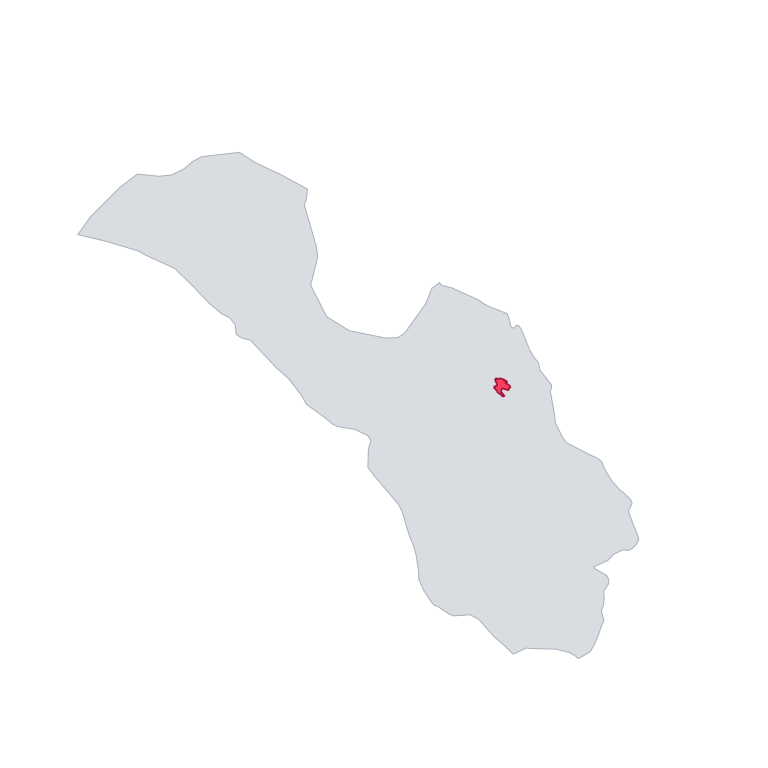 location of Brenguļu pag., Beverinas, Latvia, rotated 41°
{"feature_id": "27541924B16745328743360", "entity_name": "Brenguļu pag.", "entity_type": "district", "adm_level": 2, "iso_a3": "LVA", "parent_name": "Latvia", "parent_adm1": "Beverinas", "projection": "equal_earth", "projection_center": [25.567, 57.531], "detail": "fine", "context": "in_parent", "style": "filled", "palette": "rose", "viewbox_px": 768, "rotation_deg": 41, "n_neighbors": 0, "source": "geoboundaries", "source_scale": "gbopen_adm2", "svg_char_len": 4446}
<svg xmlns="http://www.w3.org/2000/svg" viewBox="0 0 768 768"><g transform="rotate(41 384 384)"><path d="M567.5,518.0L562.8,517.5L549.6,513.9L538.5,508.6L531.8,501.6L520.3,491.9L512.8,487.0L500.9,480.8L481.2,468.3L474.1,465.4L439.1,460.0L426.5,457.5L414.9,443.3L411.2,435.1L405.5,433.6L399.3,435.4L392.5,437.0L376.7,446.6L371.6,448.0L361.8,448.1L339.0,450.2L328.7,446.7L310.8,442.9L301.0,442.3L292.3,442.4L254.0,438.6L246.9,442.7L239.8,443.5L233.1,437.1L224.6,435.3L215.1,437.5L198.0,437.7L177.7,435.7L151.8,434.1L148.0,434.8L119.0,443.3L111.8,444.6L80.1,458.9L54.9,472.2L52.8,450.8L55.8,408.3L60.2,387.3L77.6,375.1L86.5,365.6L91.9,353.0L93.7,341.3L97.5,331.7L122.9,304.1L142.5,301.2L169.0,293.6L198.5,287.2L204.0,295.3L206.7,301.4L241.7,323.9L250.6,331.5L263.9,357.6L296.6,370.8L322.6,366.6L334.0,360.2L354.9,348.4L364.2,339.7L366.2,331.4L362.8,295.9L357.4,280.6L359.4,271.1L363.0,271.6L371.8,267.0L400.6,258.5L406.3,258.1L412.9,256.4L431.0,250.0L436.8,253.4L441.7,257.3L444.4,257.3L445.7,255.9L445.3,253.4L446.6,251.6L451.8,252.6L472.7,263.2L480.8,265.7L486.3,266.4L492.9,271.3L510.9,274.7L513.1,277.3L514.4,280.5L531.3,294.0L538.9,300.8L553.9,307.1L560.3,308.6L586.4,302.2L593.6,300.0L599.7,299.9L605.8,303.3L619.9,307.8L632.6,309.2L634.9,308.9L645.6,309.3L649.4,311.1L652.1,319.8L664.4,326.6L675.8,332.3L678.8,334.9L679.8,340.0L679.1,345.9L677.8,349.0L673.1,352.5L669.1,361.5L668.7,370.0L662.3,384.8L663.8,385.1L677.6,382.4L681.5,384.0L684.6,387.2L685.7,396.5L690.3,400.7L695.0,407.3L696.6,412.4L705.5,418.5L706.3,422.4L711.9,436.4L714.1,444.4L715.2,450.7L712.7,458.6L710.5,464.0L707.7,463.6L699.8,465.1L687.4,471.5L669.0,486.8L664.3,490.2L659.5,501.9L658.4,503.1L647.5,502.5L644.5,502.3L633.6,502.5L609.8,499.5L600.6,501.5L588.7,513.3L584.0,515.0L569.9,516.7L567.5,518.0Z" fill="#d9dde1" stroke="#a8b0b8" stroke-width="1"/><path d="M464.7,306.6L464.8,306.6L464.7,306.6L464.7,306.8L464.7,307.0L464.8,307.1L465.0,307.3L465.3,307.4L465.5,307.4L465.4,307.4L465.5,307.4L465.5,307.5L465.4,307.6L465.5,307.6L465.6,307.8L465.7,308.0L465.8,308.1L465.9,308.3L466.1,308.4L466.0,308.5L466.1,308.8L466.3,308.9L466.7,308.9L467.0,308.9L467.2,309.0L467.3,309.1L467.5,309.2L467.8,309.4L468.2,309.4L468.3,309.5L468.6,309.6L468.8,309.6L469.1,309.8L469.4,309.9L469.5,310.3L469.6,310.6L469.6,310.8L469.8,311.0L470.2,311.1L470.1,311.3L470.0,311.5L469.9,311.7L469.8,311.8L469.4,312.6L469.3,312.8L469.1,313.1L468.9,313.3L470.0,313.6L469.8,314.2L469.6,314.6L469.8,314.8L470.1,314.9L471.6,314.9L473.2,315.2L473.7,315.1L474.6,315.4L474.6,315.5L474.8,315.8L475.0,315.7L476.0,315.8L478.8,315.6L479.5,315.4L480.9,315.6L481.3,315.7L481.5,315.6L481.8,315.6L482.0,315.5L482.1,315.4L482.2,315.2L481.8,315.1L481.7,315.1L481.5,314.9L482.1,314.7L482.7,314.2L482.9,314.0L482.9,313.9L482.7,313.9L482.1,313.8L481.9,313.8L481.1,313.6L480.5,313.5L479.6,313.3L479.4,313.3L479.1,313.3L479.0,313.2L478.8,313.1L478.7,313.2L478.4,313.5L478.0,313.6L477.9,313.7L477.7,313.2L477.2,312.3L476.5,311.3L476.4,311.0L476.4,310.8L475.9,310.2L476.1,310.0L476.3,309.7L476.7,309.7L476.9,309.6L476.9,309.3L476.9,309.2L477.0,309.1L477.4,308.9L477.5,308.9L477.5,309.0L478.5,308.8L478.4,308.5L478.5,308.4L478.9,308.2L479.0,308.2L479.5,308.1L480.7,307.9L480.6,307.5L480.9,307.4L481.5,307.4L481.4,307.0L481.7,307.0L481.8,306.5L481.9,306.4L481.7,306.2L481.4,306.1L481.7,305.5L481.5,305.1L481.3,304.6L481.0,303.7L481.4,303.5L480.0,302.6L478.2,303.0L477.7,302.9L476.5,303.3L475.6,303.3L475.6,303.2L475.4,303.2L475.5,303.1L475.4,303.1L475.2,302.9L475.3,302.9L475.2,302.9L475.3,302.8L475.2,302.8L475.1,302.7L474.9,302.6L474.9,302.4L475.0,302.3L474.9,302.3L474.9,302.2L475.0,302.1L475.0,301.9L475.2,301.7L475.3,301.6L475.1,301.4L474.8,301.4L474.5,301.4L474.4,301.4L474.2,301.4L473.9,301.5L473.6,301.6L473.4,301.8L473.4,302.1L473.2,302.2L472.9,302.2L472.7,301.9L472.4,301.7L472.2,301.7L472.0,301.8L471.7,301.8L471.5,302.0L471.4,302.2L471.5,302.4L471.5,302.5L471.4,302.5L471.1,302.5L470.9,302.4L470.8,302.2L470.7,302.2L470.3,302.3L470.2,302.4L470.1,302.5L469.9,302.8L469.8,303.0L469.7,303.0L469.4,303.0L469.2,303.0L468.9,303.0L468.7,303.0L468.3,303.2L468.2,303.3L468.0,303.5L467.8,303.6L467.6,303.9L467.6,304.0L467.5,304.3L467.5,304.5L467.4,304.6L466.9,304.8L466.8,305.0L467.0,305.2L466.9,305.3L466.6,305.4L466.4,305.5L466.1,305.6L465.9,305.6L465.7,305.6L465.4,305.6L465.2,305.9L465.2,306.1L465.4,306.2L465.6,306.3L465.7,306.5L465.3,306.7L464.7,306.6Z" fill="#f43f5e" stroke="#9f1239" stroke-width="1.5"/></g></svg>